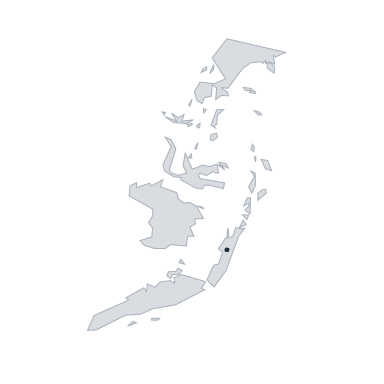 Sragen, Jawa Tengah, Indonesia shown in context, rotated 282°
{"feature_id": "22746128B28263166501815", "entity_name": "Sragen", "entity_type": "district", "adm_level": 2, "iso_a3": "IDN", "parent_name": "Indonesia", "parent_adm1": "Jawa Tengah", "projection": "equal_earth", "projection_center": [110.906, -7.392], "detail": "fine", "context": "in_parent", "style": "filled", "palette": "slate", "viewbox_px": 384, "rotation_deg": 282, "n_neighbors": 0, "source": "geoboundaries", "source_scale": "gbopen_adm2", "svg_char_len": 5126}
<svg xmlns="http://www.w3.org/2000/svg" viewBox="0 0 384 384"><g transform="rotate(282 192 192)"><path d="M133.7,151.3L139.7,162.1L148.7,160.8L153.2,155.7L161.1,158.7L167.2,156.7L175.2,131.3L185.0,130.0L189.7,136.0L184.7,136.6L191.7,148.7L189.8,151.3L198.0,161.0L190.6,159.9L188.2,177.3L182.6,179.8L179.4,186.7L181.4,191.4L179.2,199.1L168.5,208.7L166.1,200.1L161.7,202.1L157.1,197.3L149.0,203.0L147.9,196.9L138.0,197.6L136.1,181.9L131.1,177.6L129.0,166.8L129.9,156.3L133.7,151.3ZM34.9,118.6L50.8,121.9L71.1,149.8L73.6,152.1L74.7,149.2L88.3,164.8L85.0,168.1L92.7,167.4L91.1,175.5L97.4,179.7L100.8,189.5L99.4,194.2L104.6,192.2L109.0,198.9L107.1,224.0L99.4,221.2L99.2,224.8L78.3,199.5L69.6,177.8L61.7,166.9L57.8,152.9L37.2,127.0L34.9,118.6ZM349.1,194.3L348.0,254.4L341.6,245.9L342.4,243.4L334.0,246.3L335.5,240.3L333.2,237.2L334.0,236.8L335.4,237.0L336.2,236.7L332.3,234.3L334.1,233.6L330.7,222.7L323.5,215.9L300.9,205.5L300.1,198.4L297.0,206.2L293.6,207.7L292.6,200.6L287.2,196.0L299.1,194.4L300.7,189.6L289.6,190.9L287.0,184.6L280.6,183.3L282.4,178.1L290.2,173.4L301.1,177.0L302.6,191.5L309.7,201.3L327.4,183.9L349.1,194.3ZM238.6,160.9L230.8,167.3L209.0,165.2L206.3,167.6L205.4,175.3L209.6,182.8L215.8,177.8L228.6,177.3L214.3,187.5L220.7,197.1L220.4,203.7L224.6,210.8L215.8,214.2L216.0,208.0L211.1,202.7L212.2,195.6L209.5,194.8L206.7,197.4L207.8,221.9L201.8,222.1L202.3,207.5L201.3,202.7L197.2,201.6L196.6,195.3L201.6,178.5L203.9,178.1L203.1,170.9L206.8,161.1L212.4,157.8L232.0,162.2L240.1,154.5L238.6,160.9ZM109.3,224.9L124.8,228.3L127.2,233.0L139.2,234.4L142.0,229.6L153.6,234.2L156.9,241.0L166.4,242.2L166.3,247.9L167.6,251.2L158.5,246.8L122.0,241.6L103.7,233.4L109.3,224.9ZM258.2,162.3L264.7,155.6L261.8,163.3L266.2,168.1L259.2,167.4L262.9,178.4L257.9,172.4L256.1,159.6L260.2,149.8L258.2,162.3ZM261.3,196.7L277.6,199.1L279.2,205.9L272.6,200.9L263.5,202.1L260.8,199.4L259.2,202.5L261.3,196.7ZM223.7,249.8L211.7,252.7L203.3,250.6L208.9,246.3L220.5,249.9L224.7,245.1L223.7,249.8ZM189.3,245.5L197.3,246.9L198.7,250.3L182.7,253.4L185.3,247.5L190.8,250.8L192.6,249.6L189.3,245.5ZM238.3,252.8L238.5,259.5L229.4,265.4L229.9,259.0L238.3,252.8ZM109.0,185.6L111.2,193.0L114.4,194.0L113.3,198.6L108.7,196.3L107.2,190.3L102.8,189.0L105.0,184.7L109.0,185.6ZM331.5,246.6L325.4,247.7L328.6,240.1L333.3,238.5L334.8,241.3L331.5,246.6ZM204.7,256.8L208.4,260.0L210.0,263.5L206.3,264.8L197.5,258.1L204.7,256.8ZM252.1,198.7L254.6,203.8L250.9,205.5L246.6,201.8L246.8,198.9L252.1,198.7ZM166.8,245.7L175.3,247.9L171.4,251.9L166.8,245.7ZM180.1,246.0L181.3,252.3L176.3,251.4L180.1,246.0ZM124.0,195.1L119.8,199.9L120.2,193.9L124.0,195.1ZM304.9,220.4L305.7,228.4L303.8,228.8L302.3,223.0L304.9,220.4ZM164.2,234.5L157.7,237.0L154.9,235.6L164.2,234.5ZM226.7,212.3L226.7,219.5L223.0,222.6L224.5,212.9L226.7,212.3ZM47.4,156.9L53.2,161.1L52.5,164.9L47.4,156.9ZM61.7,186.6L59.4,185.0L58.3,179.1L60.1,179.0L61.7,186.6ZM282.2,244.1L281.0,241.2L284.5,235.9L284.3,240.7L282.2,244.1ZM276.3,170.8L283.0,172.8L275.4,172.1L276.3,170.8ZM235.4,185.5L241.5,187.5L234.7,187.3L235.4,185.5ZM223.8,215.8L220.5,219.4L223.4,212.9L223.8,215.8ZM310.8,176.2L314.3,176.9L317.6,180.3L314.4,181.0L310.8,176.2ZM251.3,241.1L249.0,243.7L244.4,244.0L245.6,241.0L251.3,241.1ZM304.5,229.8L302.9,233.5L301.4,233.4L301.6,227.4L304.5,229.8ZM261.0,185.5L257.0,186.1L255.8,184.9L257.6,182.5L261.0,185.5ZM311.4,184.9L316.4,185.5L321.1,186.8L316.6,187.7L311.4,184.9ZM225.0,181.1L229.1,183.5L224.9,184.8L225.0,181.1ZM264.3,149.5L261.5,148.8L264.1,146.1L264.3,149.5ZM234.6,248.0L239.3,245.8L239.8,247.1L234.6,248.0ZM276.2,185.8L275.4,189.1L271.9,187.4L273.7,186.4L276.2,185.8ZM179.6,205.0L177.8,207.2L179.3,200.2L179.6,205.0ZM257.0,173.1L259.2,177.6L258.4,178.3L255.2,174.8L257.0,173.1Z" fill="#d9dde1" stroke="#a8b0b8" stroke-width="1"/><path d="M141.8,239.1L142.0,239.1L142.0,239.3L142.1,239.2L142.1,239.3L142.3,239.4L142.4,239.5L142.5,239.5L142.5,239.4L142.7,239.5L142.8,239.5L143.0,239.7L143.2,239.8L143.3,239.8L143.4,239.7L143.5,239.6L143.7,239.8L143.8,239.8L143.9,239.7L144.0,239.6L144.1,239.4L144.0,239.2L143.9,239.0L144.0,239.0L143.9,239.0L143.9,238.9L143.9,238.7L144.0,238.6L144.0,238.4L144.1,238.2L144.2,237.8L144.1,237.7L144.1,237.4L144.0,237.2L143.9,237.2L143.7,237.2L143.7,237.3L143.6,237.2L143.6,237.3L143.4,237.4L143.2,237.3L143.0,237.5L142.8,237.4L142.8,237.5L142.7,237.5L142.6,237.4L142.6,237.5L142.6,237.4L142.5,237.5L142.4,237.5L142.4,237.4L142.3,237.5L142.2,237.4L141.9,237.4L142.0,237.5L141.9,237.4L141.9,237.5L142.0,237.5L141.9,237.6L142.0,237.7L141.9,237.7L142.0,237.7L142.0,237.8L142.0,237.7L142.0,237.8L142.0,237.7L142.0,237.8L142.1,237.7L142.1,237.8L142.0,238.0L141.9,238.1L142.0,238.1L141.9,238.0L142.0,238.0L142.0,237.9L141.9,237.9L142.0,237.9L141.9,237.9L142.0,237.9L141.9,237.8L141.9,237.7L141.8,237.8L141.8,237.7L141.7,237.7L141.7,237.8L141.7,238.0L141.7,238.3L141.6,238.5L141.5,238.8L141.5,239.0L141.8,239.1ZM141.7,237.7L141.8,237.7L141.7,237.7L141.8,237.7L141.7,237.6L141.8,237.5L141.7,237.5L141.8,237.5L141.8,237.4L141.8,237.5L141.8,237.4L141.7,237.4L141.8,237.4L141.7,237.4L141.7,237.5L141.7,237.7Z" fill="#64748b" stroke="#1e293b" stroke-width="1.5"/></g></svg>